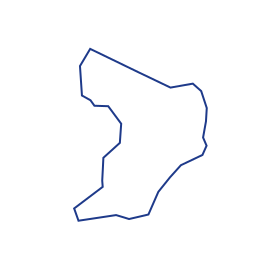 Håbo, Uppsala, Sweden, rotated 157°
{"feature_id": "70781695B92179947733234", "entity_name": "Håbo", "entity_type": "district", "adm_level": 2, "iso_a3": "SWE", "parent_name": "Sweden", "parent_adm1": "Uppsala", "projection": "robinson", "projection_center": [17.508, 59.623], "detail": "fine", "context": "isolated", "style": "outline", "palette": "blue", "viewbox_px": 256, "rotation_deg": 157, "n_neighbors": 0, "source": "geoboundaries", "source_scale": "gbopen_adm2", "svg_char_len": 546}
<svg xmlns="http://www.w3.org/2000/svg" viewBox="0 0 256 256"><g transform="rotate(157 128 128)"><path d="M143.0,40.4L125.0,57.4L108.6,66.2L93.8,73.1L70.0,74.1L62.6,81.0L62.6,89.9L53.6,103.7L47.7,115.6L46.2,133.4L51.0,143.5L73.1,148.6L96.4,175.0L131.9,215.6L148.0,203.8L157.7,175.9L151.7,168.2L150.2,161.6L137.7,155.8L132.6,134.6L141.3,117.5L162.3,110.2L166.9,100.7L172.3,89.6L174.3,83.7L174.7,83.6L209.0,75.0L209.8,62.0L175.7,53.2L173.0,52.5L166.6,47.2L162.6,43.8L146.1,40.9L143.0,40.4Z" fill="none" stroke="#1e3a8a" stroke-width="2"/></g></svg>